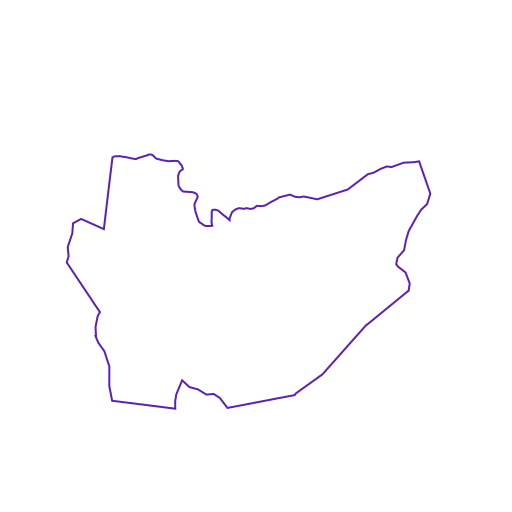 Ferrand, Castries, Saint Lucia, rotated 159°
{"feature_id": "8701671B90118791051051", "entity_name": "Ferrand", "entity_type": "district", "adm_level": 2, "iso_a3": "LCA", "parent_name": "Saint Lucia", "parent_adm1": "Castries", "projection": "robinson", "projection_center": [-60.984, 13.986], "detail": "fine", "context": "isolated", "style": "outline", "palette": "violet", "viewbox_px": 512, "rotation_deg": 159, "n_neighbors": 0, "source": "geoboundaries", "source_scale": "gbopen_adm2", "svg_char_len": 3650}
<svg xmlns="http://www.w3.org/2000/svg" viewBox="0 0 512 512"><g transform="rotate(159 256 256)"><path d="M213.9,302.5L214.2,302.3L215.0,301.9L220.2,301.3L221.6,301.2L229.3,299.9L232.5,300.4L232.8,300.5L237.1,302.5L241.1,301.4L244.0,301.8L247.4,303.8L248.0,304.2L250.0,304.2L251.7,305.1L254.8,306.8L258.6,306.8L261.9,305.7L262.9,305.3L263.8,304.3L267.0,300.8L267.6,299.4L267.8,298.9L270.1,303.3L270.5,303.8L271.4,305.3L273.2,308.6L274.9,311.8L275.7,312.5L276.1,312.9L278.2,314.2L280.2,314.6L281.0,313.5L281.7,312.7L281.9,312.1L283.3,308.4L285.5,303.3L285.7,302.0L286.0,299.9L286.8,300.1L287.5,300.4L287.9,300.5L288.4,300.6L289.4,300.9L290.1,301.2L290.6,301.4L291.0,301.5L291.9,302.0L292.2,302.1L292.9,302.6L293.7,303.5L294.2,304.3L294.8,305.1L295.1,305.8L296.1,307.1L296.6,307.6L296.9,308.6L296.9,309.7L297.0,311.1L296.9,312.1L296.9,312.9L296.9,313.4L296.9,314.0L296.9,314.6L296.8,315.4L296.7,316.3L296.7,317.1L296.7,318.2L296.6,319.2L296.4,320.3L296.3,320.8L296.1,321.6L296.0,321.9L296.0,322.5L295.9,323.2L295.6,324.1L295.3,325.1L295.1,325.7L295.0,326.1L294.9,326.3L294.7,326.7L290.6,330.7L289.8,331.5L289.6,331.7L289.2,332.1L289.1,333.0L289.1,333.8L289.2,334.2L289.2,334.6L289.3,335.3L289.8,336.0L291.1,337.2L292.0,338.0L292.4,338.4L292.9,338.6L300.3,342.0L300.9,342.3L301.2,342.8L301.3,343.0L301.5,343.3L301.8,343.8L302.0,344.4L302.2,344.9L302.4,345.6L302.7,346.2L302.9,348.0L303.1,349.5L300.9,356.1L300.2,358.2L300.1,358.5L299.9,359.0L299.3,359.7L298.8,360.2L298.5,360.6L297.0,362.1L296.6,362.4L295.6,362.7L295.3,362.8L294.6,362.9L293.7,363.1L293.2,363.3L293.0,364.0L292.9,364.3L293.0,365.0L293.0,365.8L293.0,366.7L293.1,367.4L293.1,367.7L293.6,368.7L293.8,369.5L294.1,370.6L294.2,371.3L294.7,372.3L295.2,372.7L295.7,373.1L296.5,373.4L297.1,373.6L297.5,373.8L298.2,374.1L299.4,374.4L299.9,374.6L300.2,374.7L301.0,375.0L301.8,375.2L302.8,375.5L303.5,375.9L303.9,376.0L304.7,376.4L305.5,376.9L306.5,377.5L307.2,377.9L308.1,378.4L308.8,378.8L309.2,379.1L309.6,379.5L310.3,379.9L310.7,380.1L312.0,381.1L312.4,381.4L313.0,381.8L313.4,382.0L313.7,382.3L314.3,382.9L314.6,383.4L314.7,383.7L315.4,385.1L315.6,385.7L315.8,386.2L316.2,386.9L316.6,387.5L317.1,387.9L317.4,388.2L317.6,388.4L318.0,388.5L318.3,388.7L319.4,389.1L320.3,389.1L321.6,389.0L330.9,389.7L331.3,389.7L332.9,389.5L333.6,389.6L334.3,390.0L334.5,390.1L335.4,390.7L335.8,390.9L336.5,391.3L336.8,391.5L337.0,391.6L337.8,392.2L338.4,392.5L338.8,392.8L339.8,393.5L340.5,393.9L341.3,394.5L341.9,394.9L343.0,395.5L343.8,395.9L344.6,396.3L344.8,396.4L345.4,396.8L346.4,397.4L347.3,398.0L348.2,398.3L348.8,398.5L349.0,398.5L350.0,398.9L350.9,399.3L351.5,399.4L351.8,399.5L352.5,399.7L353.7,399.6L354.6,399.6L372.1,366.6L388.4,335.6L401.2,348.5L406.0,353.3L408.7,352.9L415.1,352.1L418.0,345.9L419.4,342.9L428.5,331.9L429.5,328.6L431.1,322.8L433.5,319.7L435.0,317.8L431.0,300.0L425.2,274.4L423.9,268.5L421.8,259.6L425.4,256.5L427.9,252.6L431.2,247.3L432.8,242.6L434.1,238.4L434.3,238.5L434.5,238.6L434.4,234.5L434.3,231.4L434.0,230.4L431.7,221.4L432.5,205.4L439.5,187.4L442.2,172.4L386.1,142.4L386.0,142.8L383.5,149.4L380.0,155.4L369.5,166.4L365.1,157.4L358.1,152.4L352.0,144.4L345.0,142.4L340.6,136.4L337.1,124.4L269.7,112.3L269.0,112.8L268.2,113.4L236.4,121.7L177.7,152.1L177.6,151.9L126.5,168.8L126.1,168.7L122.3,175.3L122.3,187.0L127.2,195.1L128.1,198.1L124.5,203.7L115.7,208.3L110.4,216.9L104.6,224.5L91.3,235.6L85.1,240.1L77.6,243.2L70.9,251.8L69.8,285.9L75.0,287.0L84.7,290.2L97.7,290.5L101.7,292.7L108.0,292.7L116.6,291.6L122.2,292.3L146.5,285.2L178.5,287.0L190.0,294.4L194.3,295.2L198.3,297.3L202.4,301.2L203.7,301.3L213.9,302.5Z" fill="none" stroke="#5b21b6" stroke-width="2"/></g></svg>